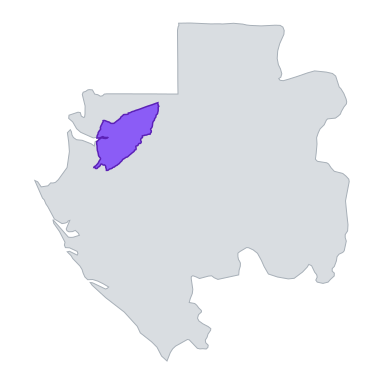 Komo, Estuaire, Gabon (highlighted)
{"feature_id": "22940354B49823101443356", "entity_name": "Komo", "entity_type": "district", "adm_level": 2, "iso_a3": "GAB", "parent_name": "Gabon", "parent_adm1": "Estuaire", "projection": "albers", "projection_center": [10.284, 0.218], "detail": "fine", "context": "in_parent", "style": "filled", "palette": "violet", "viewbox_px": 384, "rotation_deg": 0, "n_neighbors": 0, "source": "geoboundaries", "source_scale": "gbopen_adm2", "svg_char_len": 7083}
<svg xmlns="http://www.w3.org/2000/svg" viewBox="0 0 384 384"><path d="M284.2,30.5L283.9,34.3L279.7,43.7L277.7,50.9L277.2,58.5L278.4,64.7L280.5,69.0L281.8,73.8L280.8,77.2L278.7,78.6L280.1,80.3L283.3,80.7L288.6,79.2L296.8,76.6L307.5,72.9L314.6,70.9L326.3,72.1L332.5,73.5L335.7,76.1L339.2,87.0L340.9,88.7L343.8,93.4L346.1,99.0L346.7,101.8L346.4,103.9L344.0,106.9L341.4,111.4L340.4,114.1L338.2,116.1L335.4,118.1L327.6,118.9L326.4,120.1L324.2,124.8L320.1,128.9L318.3,132.7L316.6,137.7L317.0,144.0L316.2,153.1L315.4,159.2L317.4,161.3L326.8,162.8L328.6,164.0L331.1,167.8L334.3,171.3L342.8,173.5L346.1,176.2L348.8,179.2L349.2,181.6L347.3,191.5L345.5,200.9L346.2,208.0L346.9,214.9L348.0,224.8L347.6,230.9L345.2,234.6L345.2,237.6L346.3,241.1L344.2,250.8L342.8,252.4L339.0,254.2L337.0,256.8L336.4,260.9L334.3,266.5L332.2,268.6L332.2,271.2L334.3,273.1L334.2,276.0L330.4,279.5L328.1,282.1L323.0,283.4L317.2,282.1L315.8,280.1L317.2,277.1L316.7,274.7L314.7,272.2L311.6,265.7L308.8,264.4L307.3,267.0L302.6,272.0L294.2,278.3L288.3,278.9L277.5,277.0L268.4,274.0L264.1,266.5L261.4,260.4L257.5,253.3L253.2,249.9L248.5,247.7L246.5,247.6L239.8,251.6L237.9,253.2L237.9,256.5L238.5,259.6L239.5,261.1L240.4,263.1L240.3,266.2L239.1,270.3L238.7,274.9L217.9,279.4L214.3,277.8L211.6,275.8L208.5,276.1L199.5,278.5L196.1,276.9L192.8,275.7L191.3,276.7L191.2,278.6L192.8,289.4L192.3,293.5L190.2,298.8L189.2,302.5L194.7,303.5L196.7,305.2L198.7,307.9L201.3,310.4L201.5,311.9L198.5,314.7L197.5,318.2L198.9,320.9L202.7,323.7L208.2,326.6L210.8,328.6L210.6,330.3L208.0,334.1L207.1,337.2L205.3,340.1L205.7,342.7L208.2,345.2L207.9,347.4L206.2,349.0L202.8,348.7L199.9,348.9L197.3,348.3L189.2,339.8L187.4,339.5L175.6,346.1L172.7,348.8L170.3,352.6L167.0,361.0L161.6,356.1L157.0,347.2L151.6,341.8L140.3,332.9L137.3,326.4L124.3,312.1L105.7,297.7L92.2,285.3L90.2,282.5L92.5,282.8L105.5,289.0L107.2,288.4L108.7,287.0L103.1,283.7L97.8,281.1L92.7,279.5L87.7,279.7L84.9,277.0L83.1,273.0L82.1,269.6L79.9,266.0L72.8,258.6L71.1,255.7L67.2,251.8L69.5,251.3L77.2,255.1L77.9,253.6L77.2,251.4L69.5,247.8L65.4,247.6L64.4,245.1L65.0,242.2L59.5,231.5L53.8,223.4L52.9,219.6L68.3,237.1L70.3,237.4L73.0,237.3L79.4,235.3L78.2,233.0L75.3,230.4L72.5,231.6L68.9,231.8L67.0,230.8L66.2,229.0L69.8,220.4L68.2,220.9L67.1,222.4L65.1,223.1L62.0,223.6L54.4,219.0L47.8,206.7L46.0,204.1L44.2,199.8L42.5,198.1L34.8,180.5L37.7,181.8L41.2,186.9L48.0,185.8L50.7,182.9L53.0,183.0L55.4,182.4L58.4,179.6L67.1,167.5L69.4,151.6L68.7,142.1L67.4,132.7L70.3,129.7L71.4,131.7L72.0,135.0L73.4,137.5L76.5,139.7L82.2,140.3L91.2,143.8L94.3,146.0L95.2,141.6L105.5,137.8L102.4,136.5L93.2,137.9L80.7,132.3L76.6,128.7L72.7,121.9L68.7,118.4L69.0,115.2L78.0,112.2L80.3,112.6L81.3,116.1L83.7,117.5L84.6,117.0L85.0,114.0L85.1,106.0L82.3,94.5L83.2,92.2L85.6,91.4L87.8,89.9L89.3,89.6L92.4,89.9L93.9,92.6L94.7,94.1L97.8,94.7L100.3,96.2L102.5,95.8L104.3,94.1L106.9,93.8L115.1,93.8L122.5,93.8L137.3,93.9L152.1,93.9L166.8,94.0L178.0,94.0L177.9,87.4L177.8,77.2L177.8,65.2L177.7,53.7L177.6,43.0L177.5,30.4L178.1,26.8L178.9,25.3L178.6,23.2L190.0,23.0L210.7,23.9L219.7,23.8L222.3,24.0L233.6,23.3L242.7,24.1L246.6,25.0L250.1,25.4L261.1,25.9L275.4,25.2L280.2,25.4L282.9,27.1L284.2,30.5Z" fill="#d9dde1" stroke="#a8b0b8" stroke-width="1"/><path d="M150.1,134.2L150.4,133.3L150.7,132.8L151.1,132.4L151.3,131.6L151.3,131.1L151.2,130.5L150.8,130.0L150.7,129.7L150.6,129.2L150.7,128.8L151.2,128.3L151.5,128.0L151.9,127.4L152.2,126.6L152.4,125.8L152.5,124.8L152.6,123.5L152.8,122.5L153.0,122.0L153.4,121.3L153.9,120.7L154.3,120.2L154.5,119.8L154.5,119.1L154.7,118.5L155.0,118.2L155.6,117.5L155.9,116.9L155.9,116.3L156.0,115.8L156.2,115.1L156.6,114.6L157.1,114.2L157.5,113.7L157.6,113.3L157.7,112.5L157.9,111.8L158.1,111.1L158.2,110.4L158.2,109.2L158.2,107.1L158.5,106.7L158.8,106.5L158.7,105.9L158.3,105.6L158.1,105.2L158.2,104.7L158.0,104.4L157.8,103.7L157.9,102.7L156.3,103.2L152.0,104.8L147.3,106.3L145.4,107.0L142.2,108.2L140.4,108.9L138.9,109.4L137.8,109.8L136.3,110.2L135.1,110.6L134.3,111.1L133.7,111.2L132.9,111.4L132.2,111.6L131.7,111.8L130.9,112.3L130.0,112.7L129.3,112.9L128.3,113.0L128.2,114.0L127.6,114.3L126.9,114.4L124.7,114.5L123.7,114.6L123.1,115.1L122.6,115.7L121.7,116.4L121.1,116.9L120.6,117.4L120.5,117.8L120.4,118.3L120.1,118.7L119.5,118.9L119.1,119.2L118.7,119.7L118.2,120.1L117.7,120.3L116.7,121.1L114.5,122.9L113.9,123.3L113.0,123.4L111.7,123.4L110.8,123.3L110.2,122.9L109.6,122.4L108.8,121.9L108.3,121.9L107.6,121.7L106.8,121.3L106.2,121.1L105.0,120.6L104.3,120.5L103.6,120.5L103.1,120.6L103.2,121.0L103.2,121.3L103.1,121.7L102.5,122.8L102.1,123.6L101.8,124.3L101.5,124.9L101.1,125.5L100.8,126.4L100.4,127.2L100.4,127.9L100.4,128.3L100.6,128.7L100.6,129.2L100.2,129.8L99.8,130.2L99.4,130.6L99.2,131.1L98.6,131.9L98.3,132.4L98.1,132.9L98.1,133.5L98.0,134.1L97.8,134.5L97.5,134.9L97.2,135.5L97.1,136.2L97.0,136.7L96.9,138.1L98.8,138.0L100.0,137.8L100.5,137.6L101.3,137.2L101.8,137.0L102.4,136.7L102.9,136.6L103.3,136.8L103.9,137.2L104.9,137.4L106.5,137.5L107.5,137.4L107.8,137.5L107.4,138.0L106.8,138.2L106.1,138.4L105.5,138.5L104.9,138.4L104.2,138.4L103.7,138.3L102.7,138.0L101.9,138.0L101.2,138.0L100.7,138.3L100.0,138.8L99.3,139.2L98.5,139.9L97.8,140.8L97.3,141.3L96.8,141.6L96.7,141.6L96.7,143.4L96.7,144.1L96.8,144.6L97.0,145.4L97.1,146.1L97.1,147.2L97.2,148.8L97.4,150.7L97.6,151.2L97.9,151.9L98.1,153.1L98.3,153.9L98.4,154.8L98.6,155.7L99.0,156.4L99.4,156.9L99.8,157.4L100.3,157.9L100.5,158.4L100.5,159.0L100.3,159.5L99.9,159.9L99.6,160.4L99.2,161.0L98.9,161.6L98.5,162.4L98.1,163.2L97.7,163.7L97.2,164.2L96.4,165.1L95.8,165.8L94.9,166.3L94.2,166.7L94.0,167.1L93.9,167.4L94.4,167.3L94.9,167.5L95.2,167.9L95.4,168.4L96.0,168.5L96.6,168.5L97.1,168.4L97.5,168.0L97.8,167.5L98.4,167.0L99.1,166.7L99.5,166.3L100.2,165.6L100.5,164.9L100.6,164.5L100.8,164.2L101.2,164.1L101.6,164.1L102.0,164.2L102.3,164.4L102.5,164.6L103.0,164.9L103.5,165.1L103.9,165.0L104.3,164.9L104.7,165.1L105.3,165.6L105.6,166.1L105.7,166.5L105.8,167.6L106.0,168.1L106.3,169.0L106.4,169.9L106.4,170.4L107.3,170.4L107.9,170.3L108.4,170.0L108.9,169.6L109.4,169.1L110.2,168.9L111.0,168.7L111.6,168.5L112.2,168.2L112.4,167.9L112.8,167.5L113.4,167.2L114.1,167.1L114.5,166.9L114.8,166.6L115.3,166.1L115.8,165.8L116.4,165.5L117.0,165.3L117.6,164.7L118.1,164.3L118.6,164.0L119.2,163.6L119.6,163.1L120.2,162.4L121.0,161.6L121.5,161.2L122.0,160.6L122.3,160.1L122.6,159.5L123.0,159.3L123.6,158.8L124.3,158.6L125.3,157.8L125.8,157.4L126.4,157.2L127.1,157.1L127.9,156.6L129.6,155.0L130.6,154.2L131.3,153.6L132.6,152.5L133.6,151.8L134.1,151.3L134.4,150.8L134.5,150.2L135.4,149.8L135.8,149.7L136.1,149.2L136.1,148.6L136.0,147.5L135.8,146.9L135.8,146.3L136.2,146.0L137.0,145.8L137.6,145.6L138.2,145.0L138.3,144.4L138.6,143.9L139.0,143.5L139.4,143.4L139.9,143.5L140.5,143.3L140.8,143.0L141.1,142.5L141.3,141.8L141.0,141.1L140.7,140.6L140.7,140.2L140.7,139.6L140.9,138.9L141.2,138.3L141.6,138.0L142.2,137.8L142.5,137.3L142.5,136.7L142.3,136.3L142.3,135.9L143.0,135.6L144.2,135.5L144.7,135.2L146.1,135.1L147.1,134.8L147.5,134.6L148.1,134.3L149.3,134.2L150.1,134.2Z" fill="#8b5cf6" stroke="#5b21b6" stroke-width="1.5"/></svg>